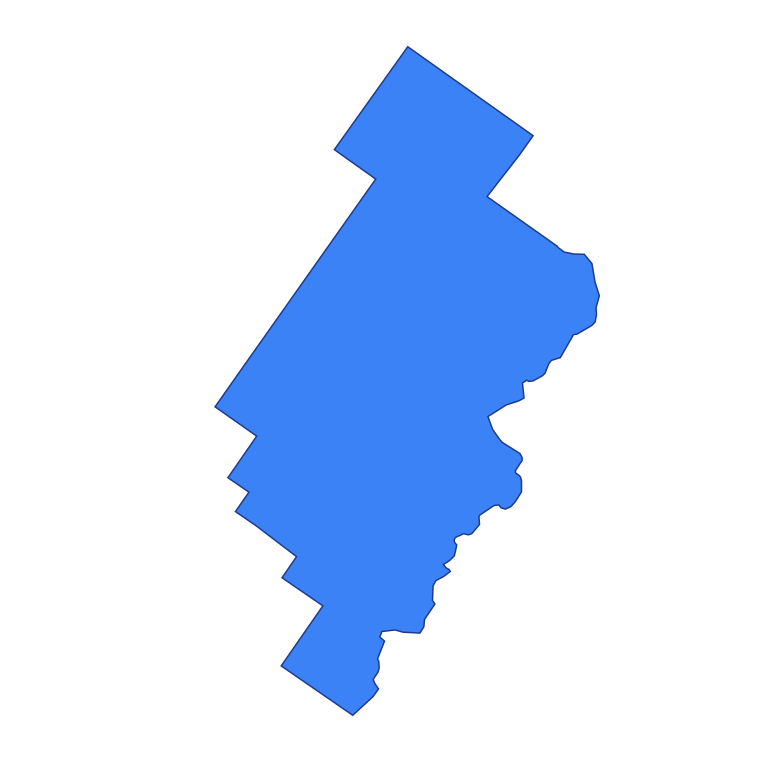 Clark, Idaho, United States of America, rotated 125°
{"feature_id": "52423323B27983791088415", "entity_name": "Clark", "entity_type": "district", "adm_level": 2, "iso_a3": "USA", "parent_name": "United States of America", "parent_adm1": "Idaho", "projection": "orthographic", "projection_center": [-112.256, 44.271], "detail": "fine", "context": "isolated", "style": "filled", "palette": "blue", "viewbox_px": 768, "rotation_deg": 125, "n_neighbors": 0, "source": "geoboundaries", "source_scale": "gbopen_adm2", "svg_char_len": 1392}
<svg xmlns="http://www.w3.org/2000/svg" viewBox="0 0 768 768"><g transform="rotate(125 384 384)"><path d="M95.1,404.3L94.1,558.0L220.5,559.1L220.9,508.3L448.3,509.2L499.6,509.3L499.7,458.4L550.3,458.1L550.1,432.6L573.7,432.5L573.5,406.9L575.6,356.6L601.2,356.4L600.8,306.8L673.9,306.5L673.3,219.6L646.4,213.7L636.9,213.6L634.7,219.5L632.3,223.4L623.2,223.7L619.4,225.1L614.1,229.3L612.9,231.6L594.3,236.1L593.7,242.3L588.0,243.8L579.2,234.0L576.3,225.9L567.4,211.7L560.1,212.1L553.5,215.8L535.0,216.1L533.5,220.1L521.3,228.0L515.2,228.7L507.4,224.7L499.5,222.2L498.6,224.5L499.0,227.4L497.8,231.8L490.9,229.0L484.4,227.8L474.2,232.0L473.0,236.0L470.7,237.4L468.6,237.4L460.9,232.9L459.2,228.4L456.1,226.2L444.3,225.2L438.0,230.3L436.3,230.3L420.5,224.2L417.2,220.6L418.3,217.3L416.9,212.9L411.6,209.7L405.0,208.9L393.5,209.5L384.5,215.8L382.3,218.3L381.4,220.3L381.4,225.1L379.7,226.7L367.3,227.0L365.0,228.8L363.0,232.7L364.0,253.7L363.0,257.7L358.9,269.0L351.0,280.2L330.9,271.8L320.5,263.9L315.1,261.3L303.7,271.2L299.0,269.2L298.8,266.9L296.0,263.7L286.3,258.9L282.7,258.3L273.1,260.6L268.6,260.4L261.2,254.7L238.8,256.7L235.0,257.2L232.2,254.4L216.9,247.4L212.2,246.6L205.5,249.6L199.6,254.2L188.2,258.2L179.4,269.7L166.2,282.6L162.9,294.3L168.7,303.2L172.6,312.2L172.3,320.5L171.8,321.1L171.4,407.1L118.3,404.4L95.1,404.3Z" fill="#3b82f6" stroke="#1e3a8a" stroke-width="1.5"/></g></svg>